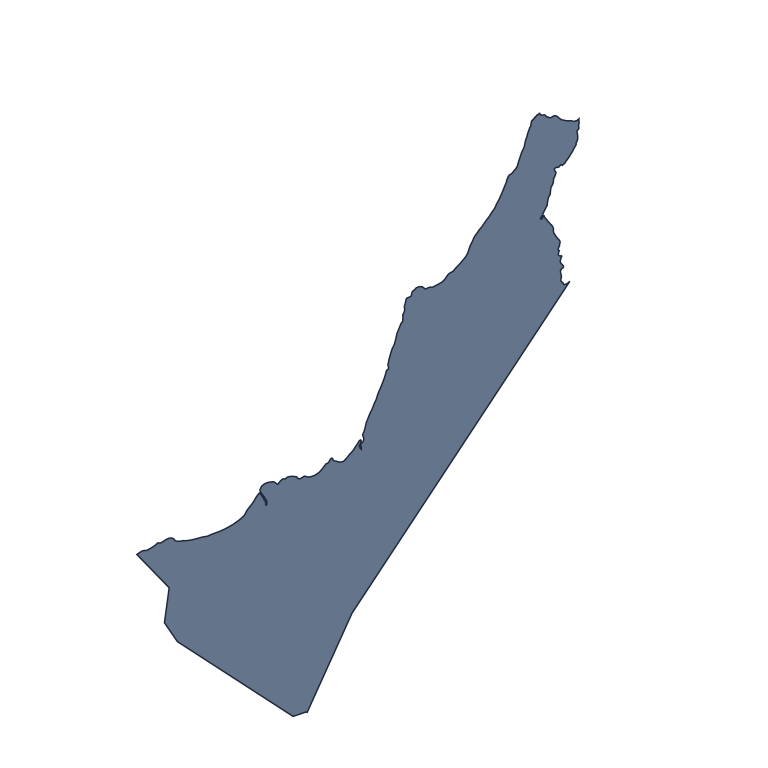 Bata, Litoral, Equatorial Guinea, rotated 33°
{"feature_id": "11065452B98139425844484", "entity_name": "Bata", "entity_type": "district", "adm_level": 2, "iso_a3": "GNQ", "parent_name": "Equatorial Guinea", "parent_adm1": "Litoral", "projection": "robinson", "projection_center": [9.804, 2.002], "detail": "fine", "context": "isolated", "style": "filled", "palette": "slate", "viewbox_px": 768, "rotation_deg": 33, "n_neighbors": 0, "source": "geoboundaries", "source_scale": "gbopen_adm2", "svg_char_len": 6016}
<svg xmlns="http://www.w3.org/2000/svg" viewBox="0 0 768 768"><g transform="rotate(33 384 384)"><path d="M483.9,196.6L483.1,199.6L482.5,200.8L481.5,202.0L480.4,202.6L478.8,201.6L478.3,201.5L477.5,201.7L475.8,201.0L475.1,199.5L475.0,198.8L474.3,197.3L473.6,196.4L471.3,194.3L470.4,193.0L470.3,192.4L470.2,190.3L470.9,189.0L470.9,188.5L470.7,187.9L470.5,187.5L470.1,187.2L468.6,186.8L467.1,186.5L465.9,186.0L465.5,185.7L464.8,184.9L464.3,183.3L464.0,182.6L464.1,182.3L463.9,182.0L463.5,180.0L462.9,179.8L462.1,180.6L461.6,180.9L460.2,180.9L459.8,180.6L459.6,180.3L459.2,179.5L458.3,176.6L457.9,176.6L457.6,176.8L457.0,176.5L456.5,175.7L456.4,175.3L456.1,174.7L456.1,173.0L456.0,172.6L455.2,171.4L455.0,170.5L454.3,168.9L453.7,168.4L452.4,167.8L451.3,167.6L449.5,167.0L448.8,166.9L444.2,164.8L443.5,164.3L442.7,163.4L442.5,163.1L441.7,161.6L441.1,161.2L439.7,160.1L437.5,159.3L436.2,159.2L434.2,158.5L433.3,158.5L429.9,157.2L429.3,157.2L428.0,156.7L426.6,155.7L426.1,155.9L426.4,157.6L426.5,159.1L426.2,160.0L425.3,160.3L424.9,159.5L424.9,158.7L425.0,156.3L424.7,155.1L424.6,153.9L424.3,152.8L424.0,149.5L423.7,147.9L423.7,146.6L423.6,145.4L423.2,144.5L422.0,142.4L421.9,141.8L420.4,138.3L420.1,134.4L419.3,132.9L418.7,131.9L418.1,130.5L417.1,128.6L416.8,125.7L416.5,123.8L416.3,123.0L415.4,121.2L414.7,119.9L414.4,119.1L414.2,117.0L413.4,113.7L413.1,113.1L412.7,112.7L412.0,112.3L411.2,112.2L410.0,111.3L409.8,111.0L410.0,109.6L410.5,108.5L412.0,107.5L412.5,106.7L412.8,104.0L413.4,103.4L414.5,103.5L414.8,102.1L415.2,101.0L415.5,100.2L415.2,98.2L415.4,97.3L415.6,93.3L415.5,89.3L415.4,85.8L415.0,83.2L415.0,82.4L414.9,80.4L414.9,79.3L414.6,78.3L413.7,76.9L413.6,75.2L413.3,73.9L412.8,72.8L412.5,72.1L410.5,69.4L408.3,67.1L408.1,66.7L408.3,63.7L407.9,63.0L406.6,61.5L406.0,60.2L405.6,59.0L404.7,57.8L403.8,56.7L403.1,55.4L402.5,57.4L402.2,58.2L401.3,59.1L400.4,60.3L397.2,61.4L395.9,62.5L393.4,64.0L392.1,64.4L389.8,65.4L389.0,65.6L386.3,65.7L384.4,65.3L383.2,65.3L382.5,65.4L381.6,65.7L380.7,66.4L380.4,66.9L380.2,66.9L380.1,67.3L379.3,69.0L378.5,70.1L377.8,70.6L376.7,70.6L376.1,70.6L375.6,71.2L374.6,71.6L374.0,71.4L373.6,70.8L373.1,70.7L372.2,70.9L371.7,71.0L371.2,71.5L370.7,72.1L370.2,72.5L369.4,72.6L368.7,72.9L367.1,72.2L367.0,72.4L367.2,72.5L366.6,73.7L366.4,74.4L366.2,74.7L365.9,74.8L365.8,75.2L365.8,75.9L365.7,77.4L365.6,77.8L365.4,78.0L365.2,78.1L365.5,78.6L365.5,79.0L365.0,80.2L365.1,80.6L364.9,82.1L364.6,82.3L364.7,82.9L364.6,83.3L365.5,85.3L365.7,86.1L366.3,86.9L366.6,88.1L366.7,89.8L366.9,90.7L367.4,92.4L367.3,92.9L367.8,94.3L368.1,95.9L369.2,98.9L369.7,101.1L369.8,102.0L372.5,109.0L373.3,114.8L374.0,117.4L375.7,124.1L377.2,128.8L377.3,132.4L376.9,134.0L376.7,137.1L376.5,138.0L375.3,140.3L375.3,142.8L376.0,146.4L376.7,148.2L378.9,159.7L379.9,165.8L380.5,172.8L381.1,175.9L381.1,179.0L380.9,180.8L381.0,186.6L380.6,191.3L380.6,193.6L380.4,196.1L380.5,198.6L379.8,203.2L379.9,205.9L379.6,209.9L379.8,213.1L380.2,214.6L381.1,221.7L381.9,224.7L382.8,228.1L383.2,232.1L383.0,235.2L382.1,242.1L381.0,247.8L380.7,251.0L380.4,252.0L379.9,253.3L379.4,253.7L378.4,256.2L378.2,256.9L378.0,260.1L378.0,262.1L377.9,263.1L377.9,263.7L377.6,264.7L377.2,266.8L376.7,267.8L376.0,269.1L375.5,270.4L374.7,271.6L372.6,275.4L371.9,276.4L369.8,277.8L369.1,278.6L367.3,281.3L366.8,281.8L366.1,281.9L364.8,281.6L363.7,281.7L363.1,281.5L361.3,282.7L360.5,283.1L358.8,285.6L358.6,286.1L358.5,286.5L358.5,287.6L357.9,289.5L357.5,290.4L357.6,291.4L357.6,292.2L358.8,295.0L358.7,295.8L358.5,296.5L356.5,299.2L356.4,300.7L356.6,301.5L357.8,304.4L358.9,308.0L359.3,308.7L359.9,309.0L361.0,310.7L361.5,311.9L361.9,313.6L362.0,315.6L362.9,317.0L363.5,317.7L364.5,319.5L365.1,320.4L365.5,321.3L365.5,322.7L365.3,323.8L365.8,326.5L367.2,333.8L368.1,336.6L370.0,341.6L370.5,343.4L371.2,345.5L371.6,349.8L372.9,354.7L374.0,357.9L374.8,360.8L375.8,363.0L376.5,365.1L377.0,366.1L377.3,366.4L379.3,368.0L379.4,369.3L379.2,369.7L378.9,370.4L378.9,372.0L379.9,374.8L381.1,379.1L382.7,386.4L384.2,395.3L385.9,401.3L386.4,405.2L387.9,412.5L388.0,414.8L388.4,417.2L390.2,426.1L391.0,428.5L391.7,430.1L393.2,434.8L393.2,435.4L393.7,438.0L394.4,438.9L395.1,439.5L395.5,439.6L396.5,440.4L397.5,442.1L397.8,444.2L397.4,444.9L397.4,447.9L399.4,449.4L400.6,451.1L399.0,450.9L397.9,450.1L397.1,449.4L396.7,446.5L395.7,444.1L395.5,443.7L395.0,443.6L394.6,443.9L394.1,445.7L394.4,449.2L394.2,451.8L394.3,453.8L394.3,456.6L393.8,460.0L393.4,461.6L393.3,464.2L393.0,466.7L392.2,471.0L390.2,473.2L387.8,474.2L385.9,474.8L384.3,475.5L383.3,475.7L381.2,474.4L380.3,474.8L380.0,476.6L380.2,478.1L380.2,480.1L379.7,481.5L378.9,482.3L378.3,490.4L377.9,492.7L377.2,494.9L375.6,498.4L373.6,501.0L372.5,502.2L371.2,503.3L368.8,504.2L368.0,504.2L367.1,505.1L366.5,506.8L365.1,509.3L364.1,509.9L363.0,510.1L361.5,509.4L359.3,510.3L356.1,512.2L354.3,514.0L353.5,515.0L353.1,516.8L352.8,517.5L351.8,518.2L351.0,518.4L350.3,520.3L350.0,521.5L349.6,524.4L349.7,525.4L349.5,525.9L349.2,526.1L348.6,526.2L347.5,526.0L344.9,526.0L343.7,526.7L341.5,528.6L340.3,529.8L339.0,531.5L338.1,532.9L337.1,536.1L337.1,537.3L337.6,540.2L338.2,541.2L340.5,542.4L344.1,543.6L345.3,543.9L346.4,544.9L347.8,545.1L348.7,545.5L349.5,546.3L351.0,548.3L351.2,549.1L351.2,549.8L350.7,549.9L350.1,549.1L349.3,547.9L348.0,546.8L346.5,546.5L345.5,545.5L343.8,545.0L342.1,544.0L341.2,543.7L338.9,543.3L338.7,544.3L338.4,548.1L338.7,553.2L338.6,556.0L337.9,564.7L338.4,569.8L337.6,573.8L336.5,577.3L335.1,581.1L333.6,584.6L329.5,592.3L326.3,597.3L320.9,604.5L319.1,607.5L314.8,611.5L311.0,615.9L307.4,619.7L302.9,623.6L301.4,624.3L299.0,626.6L296.9,628.1L295.4,628.9L294.4,629.1L293.2,628.8L292.2,628.4L291.5,628.4L289.8,628.8L288.4,629.8L287.0,631.3L285.5,634.1L284.3,637.1L282.8,639.5L281.3,640.1L280.7,640.6L280.2,643.2L278.0,648.4L277.0,650.4L275.6,652.7L274.7,653.7L273.9,653.9L272.0,655.9L270.7,658.8L269.6,661.6L314.8,671.9L329.9,703.8L351.1,712.6L488.8,712.3L496.7,702.2L497.1,701.8L498.4,701.2L482.0,593.6L483.9,196.6Z" fill="#64748b" stroke="#1e293b" stroke-width="1.5"/></g></svg>